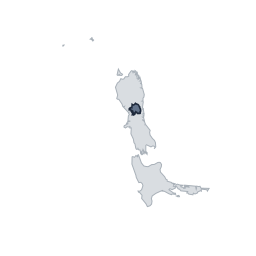 Mackenzie District, Canterbury, New Zealand shown in context, rotated 126°
{"feature_id": "76426892B16622223508882", "entity_name": "Mackenzie District", "entity_type": "district", "adm_level": 2, "iso_a3": "NZL", "parent_name": "New Zealand", "parent_adm1": "Canterbury", "projection": "albers", "projection_center": [170.575, -43.938], "detail": "fine", "context": "in_parent", "style": "filled", "palette": "slate", "viewbox_px": 256, "rotation_deg": 126, "n_neighbors": 0, "source": "geoboundaries", "source_scale": "gbopen_adm2", "svg_char_len": 6356}
<svg xmlns="http://www.w3.org/2000/svg" viewBox="0 0 256 256"><g transform="rotate(126 128 128)"><path d="M130.7,103.2L131.7,103.3L136.1,100.1L137.9,99.5L138.4,99.4L137.4,100.4L137.5,101.1L136.5,103.3L137.3,103.0L137.9,101.4L138.5,101.1L138.3,100.2L140.9,100.7L139.9,102.2L138.5,103.0L139.3,103.2L141.4,101.6L141.3,102.6L138.7,105.2L139.4,106.7L138.7,107.9L139.4,107.7L140.3,108.7L139.7,109.9L136.8,113.0L136.4,114.5L133.8,117.2L131.0,122.2L126.0,125.4L126.9,126.4L125.2,127.6L126.5,127.4L127.4,129.4L129.5,130.1L129.6,131.9L128.2,132.4L126.9,131.5L124.9,131.8L125.5,131.0L124.7,130.5L123.2,132.0L121.1,130.1L122.2,132.3L118.0,134.8L116.2,134.9L115.6,136.3L114.6,136.4L115.2,136.8L113.8,143.6L112.6,143.6L113.7,144.4L113.5,145.1L112.1,147.0L110.2,152.3L110.9,153.5L110.8,154.4L107.4,155.7L102.4,162.1L97.9,163.0L95.3,162.3L92.3,162.8L91.8,161.1L90.8,160.2L88.1,160.3L86.8,158.4L85.6,157.9L84.3,159.0L80.2,159.0L79.4,158.7L79.2,158.0L80.7,156.0L79.3,157.1L78.7,157.0L79.2,156.1L79.1,155.3L77.4,156.2L77.5,154.5L81.2,153.2L79.7,153.1L79.6,152.5L81.1,151.2L79.1,151.4L79.3,149.9L80.4,149.8L80.0,148.8L82.3,149.8L82.0,148.8L82.8,148.4L81.2,147.7L81.1,146.6L81.9,145.8L83.0,146.1L82.2,145.1L84.1,143.2L84.6,144.6L84.6,142.5L87.0,140.4L88.0,141.2L87.5,139.4L91.4,134.5L93.7,133.3L95.0,133.4L97.0,132.0L98.0,132.5L97.6,131.5L97.9,131.0L103.2,128.2L103.2,127.3L103.8,127.2L103.4,127.0L106.5,124.0L107.8,124.2L107.0,123.4L108.3,122.6L109.6,123.2L108.8,122.3L110.0,121.7L110.6,122.5L110.6,121.3L112.5,119.0L112.8,120.9L113.1,120.6L113.0,118.8L114.3,116.6L115.4,116.1L114.9,115.5L116.9,108.7L118.9,107.9L120.8,105.9L122.1,102.1L122.5,99.3L123.7,97.2L126.9,94.5L129.5,94.6L127.7,94.8L127.4,96.2L127.9,97.4L129.8,98.3L130.7,103.2ZM131.6,27.9L134.4,32.9L136.0,31.5L136.2,32.6L139.1,34.1L139.6,33.6L142.0,35.0L142.3,36.8L143.9,36.2L145.8,40.1L145.4,41.0L146.0,42.3L144.3,42.4L147.8,48.3L147.2,50.3L147.8,51.6L146.8,54.2L148.2,55.0L148.8,54.4L151.9,56.1L152.5,58.5L153.9,58.6L153.8,52.8L152.9,51.3L153.7,50.4L155.5,53.6L156.3,53.5L157.1,56.0L157.8,61.4L158.9,63.2L158.2,62.9L158.1,63.3L158.7,63.8L164.4,67.0L168.7,68.5L171.4,67.6L173.0,65.6L175.7,64.2L178.0,64.5L180.2,66.1L178.7,69.0L177.0,75.5L174.2,77.1L173.4,80.4L173.7,81.8L173.1,82.8L172.2,81.3L169.9,80.7L165.9,82.0L164.7,83.6L164.4,85.7L165.8,87.1L163.1,92.3L161.7,93.7L154.9,103.6L149.0,107.7L148.3,107.3L147.9,105.5L145.5,105.4L145.8,103.4L145.5,103.2L144.5,104.3L143.5,103.8L148.4,96.6L149.4,92.9L148.6,90.9L147.5,89.0L143.7,87.3L142.0,85.3L138.4,83.6L137.4,82.6L137.0,81.4L137.8,79.4L139.8,78.3L142.7,77.7L144.6,75.8L145.9,69.6L147.1,67.4L146.9,65.9L148.0,65.0L146.5,60.9L146.9,59.7L146.3,59.5L145.4,56.9L146.1,56.9L146.7,58.3L147.3,57.2L148.5,57.0L147.2,55.3L145.6,55.7L144.5,55.2L143.7,52.7L142.1,50.0L142.6,50.0L144.0,51.3L144.5,50.4L143.7,48.8L144.1,47.3L143.0,46.4L142.8,47.4L140.9,45.9L139.9,43.4L139.8,44.7L142.0,48.2L141.3,48.9L140.9,48.5L135.4,39.2L137.5,36.8L136.3,37.2L135.1,38.7L134.5,38.1L134.2,36.9L132.8,35.4L133.5,34.5L133.6,33.3L129.2,26.9L132.4,26.7L131.6,27.9ZM89.1,163.9L90.6,166.2L89.8,166.1L89.8,166.6L91.4,167.1L91.4,168.1L86.0,170.4L87.9,166.4L87.7,164.0L89.1,163.9ZM77.8,209.4L78.3,210.8L76.6,210.2L75.8,210.6L77.0,209.1L77.1,207.5L78.3,207.6L77.8,209.4ZM154.3,47.2L154.6,48.9L152.8,47.5L152.8,46.6L153.3,46.0L154.3,47.2ZM137.6,98.8L136.5,99.4L136.8,97.9L138.1,97.1L137.6,98.8ZM79.2,152.7L79.1,153.5L77.6,153.2L78.7,152.2L79.2,152.7ZM99.6,228.5L100.0,229.0L99.2,229.3L98.5,228.5L99.6,228.5ZM80.8,147.2L81.2,148.6L80.1,148.0L80.8,147.2Z" fill="#d9dde1" stroke="#a8b0b8" stroke-width="1"/><path d="M104.4,131.0L104.2,131.1L104.1,131.3L103.9,131.4L103.9,131.7L103.7,132.1L103.6,132.3L103.4,132.5L103.2,133.0L103.2,133.3L103.1,133.6L103.2,134.1L103.3,134.2L103.5,134.4L103.6,134.6L103.5,134.9L103.4,135.0L103.5,135.3L103.6,135.5L103.6,135.8L103.6,136.1L103.6,136.3L103.8,136.5L104.0,136.4L104.1,136.5L104.3,136.6L104.5,136.5L104.4,136.5L104.5,136.4L104.8,136.4L105.0,136.5L105.3,136.6L105.5,136.7L105.7,136.8L106.0,137.0L106.2,137.3L106.3,137.3L106.3,137.6L106.3,137.8L106.4,138.1L106.4,138.3L106.4,138.6L109.2,136.9L109.2,137.0L109.3,137.0L109.4,137.3L109.5,137.3L109.8,137.5L110.5,137.7L110.6,137.8L110.7,138.1L110.8,138.3L111.1,138.3L111.0,138.2L110.9,138.1L111.0,137.9L110.9,137.9L111.0,137.8L110.9,137.8L111.0,137.8L110.9,137.8L111.0,137.7L110.9,137.7L111.0,137.7L111.1,137.4L111.3,137.4L111.4,137.2L111.5,137.1L111.8,137.1L112.0,137.1L112.1,137.4L112.1,137.5L112.4,137.6L112.5,137.6L112.4,137.4L112.3,137.1L112.2,136.9L112.3,136.9L112.2,136.9L112.1,136.7L111.9,136.4L111.8,136.1L111.7,135.9L111.7,135.7L111.5,135.4L111.6,135.2L111.6,134.9L111.7,135.0L111.8,135.0L112.0,135.1L112.1,135.3L112.4,135.3L112.5,135.3L112.7,135.2L112.7,134.9L112.5,134.6L112.5,134.4L112.5,134.2L112.4,134.1L112.5,134.1L112.6,133.9L112.4,133.7L112.2,133.5L112.3,133.4L112.5,133.3L112.4,133.3L112.4,133.2L112.6,133.0L112.6,132.9L112.6,132.7L112.8,132.7L112.8,132.8L113.1,132.9L113.2,133.0L113.2,132.9L113.3,133.0L113.4,132.9L113.4,132.7L113.5,132.6L113.9,132.6L114.0,132.6L114.1,132.4L114.1,132.2L114.3,132.2L114.4,132.3L114.5,132.3L114.4,132.2L114.5,132.2L114.4,131.9L114.5,131.8L114.5,131.7L114.4,131.7L114.2,131.5L114.1,131.3L114.1,131.2L113.9,131.2L113.8,130.9L113.8,131.0L113.6,131.0L113.6,130.9L113.4,130.8L113.4,130.7L113.2,130.6L112.9,130.6L112.7,130.6L112.6,130.8L112.3,130.9L112.2,131.0L111.9,131.2L111.7,131.3L111.6,131.2L111.4,130.9L111.2,130.9L111.1,131.0L110.9,130.9L111.0,130.9L110.9,131.0L110.8,131.3L110.7,131.3L110.4,131.2L110.5,131.0L110.5,130.9L110.6,130.7L110.4,130.7L110.3,130.8L110.3,130.7L110.2,130.6L110.2,130.4L110.1,130.2L110.3,130.0L110.2,129.9L110.3,129.7L110.4,129.4L110.5,129.3L110.5,129.1L110.6,128.9L110.4,128.7L110.5,128.5L110.5,128.4L110.4,128.4L110.2,128.4L109.9,128.2L109.8,127.9L109.7,127.9L109.7,127.7L109.4,127.5L109.4,127.4L109.5,127.2L109.4,127.0L109.3,126.9L109.1,126.9L108.9,126.8L108.7,127.0L108.6,126.9L108.4,127.0L108.3,127.3L108.1,127.4L108.0,127.5L107.9,127.6L107.8,127.8L107.6,127.8L107.4,127.8L107.3,127.7L107.2,127.6L107.0,127.8L106.7,127.9L106.4,128.0L106.2,128.2L106.2,128.3L106.1,128.5L105.9,128.5L105.7,128.8L105.4,128.9L105.3,129.0L105.4,129.3L105.3,129.5L105.2,129.7L105.1,129.8L104.9,129.8L104.8,130.0L104.8,130.3L104.7,130.4L104.6,130.5L104.4,130.6L104.5,130.7L104.4,130.9L104.4,131.0Z" fill="#64748b" stroke="#1e293b" stroke-width="1.5"/></g></svg>